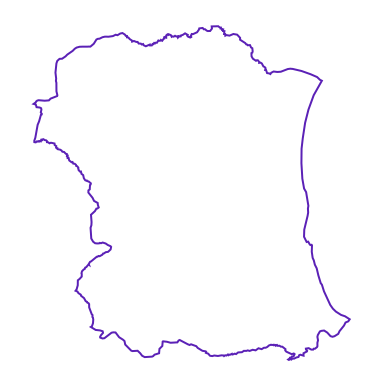 Lumajang, Jawa Timur, Indonesia, rotated 271°
{"feature_id": "22746128B76070527787319", "entity_name": "Lumajang", "entity_type": "district", "adm_level": 2, "iso_a3": "IDN", "parent_name": "Indonesia", "parent_adm1": "Jawa Timur", "projection": "orthographic", "projection_center": [113.148, -8.125], "detail": "fine", "context": "isolated", "style": "outline", "palette": "violet", "viewbox_px": 384, "rotation_deg": 271, "n_neighbors": 0, "source": "geoboundaries", "source_scale": "gbopen_adm2", "svg_char_len": 5818}
<svg xmlns="http://www.w3.org/2000/svg" viewBox="0 0 384 384"><g transform="rotate(271 192 192)"><path d="M346.9,124.2L347.0,123.0L348.2,122.2L349.7,119.7L349.2,117.5L347.5,114.8L347.9,112.9L346.5,110.2L345.8,105.8L345.8,102.2L345.2,99.8L343.7,96.9L343.5,95.2L342.8,93.8L338.5,91.2L335.6,87.9L335.3,77.3L334.4,74.1L333.2,72.3L331.0,70.2L327.2,64.9L325.4,63.2L323.0,59.8L322.8,57.2L320.7,55.0L318.2,54.2L309.0,53.4L303.0,54.2L300.7,54.0L298.8,54.5L290.3,54.7L286.4,55.7L285.6,55.5L282.9,49.0L281.1,47.3L280.7,43.1L281.1,37.1L280.7,35.7L279.8,34.6L278.9,34.2L277.3,32.1L276.7,34.3L274.1,35.1L273.8,38.3L273.1,39.7L271.6,40.0L269.0,39.4L267.4,40.5L266.7,40.2L266.6,39.6L260.0,37.9L256.5,36.5L243.5,34.4L240.4,33.4L239.1,33.5L238.9,34.9L239.9,36.0L239.7,36.8L240.1,37.3L239.7,38.1L240.3,38.5L240.0,40.0L241.5,40.3L241.3,41.2L241.9,41.2L242.2,42.6L241.4,43.6L241.1,45.3L240.5,46.0L239.3,46.1L239.2,47.3L238.2,48.7L238.8,50.1L238.1,53.7L236.5,53.9L235.5,55.5L234.0,55.3L233.5,56.5L233.1,56.3L232.5,56.9L232.0,59.5L231.2,60.8L230.0,61.7L229.8,63.4L228.0,65.2L227.8,66.2L226.7,66.3L226.4,67.0L225.3,66.4L224.8,67.2L223.8,67.1L223.9,68.0L221.4,68.7L219.6,71.1L219.9,72.0L218.3,72.8L218.2,74.2L217.2,75.5L216.0,75.8L215.8,76.7L214.4,77.9L213.3,77.8L212.8,78.2L211.8,78.3L210.3,79.9L210.5,80.6L208.2,81.2L207.0,82.9L204.0,83.6L202.3,84.7L201.7,85.3L201.6,86.7L201.1,86.9L200.7,88.5L198.9,90.7L197.7,90.5L197.2,89.9L192.8,89.7L191.8,88.4L189.6,88.4L184.4,92.7L181.4,94.2L179.4,97.9L177.5,98.1L174.9,99.0L173.8,97.6L173.7,96.7L171.2,95.3L167.5,91.4L160.2,92.1L157.1,92.0L154.4,91.2L143.7,92.1L140.6,94.0L139.1,96.0L138.9,97.9L139.0,100.0L139.5,100.7L139.2,101.9L139.9,103.6L139.0,106.6L137.5,108.8L136.4,111.5L135.7,112.1L133.1,111.6L130.7,109.1L130.3,106.8L128.9,104.8L128.9,104.2L127.7,103.4L126.2,100.8L126.4,99.6L125.6,98.6L125.6,97.9L120.7,92.1L120.4,91.3L118.2,90.0L117.4,90.3L117.6,90.0L117.1,89.2L115.1,87.7L114.5,86.5L113.2,86.1L112.6,85.0L110.8,83.4L108.8,82.9L108.3,83.2L105.5,83.2L103.2,81.2L101.7,79.4L96.7,79.4L92.6,78.3L91.2,77.3L90.4,79.3L88.9,80.2L87.4,82.6L86.4,82.8L84.0,85.9L81.0,87.6L80.3,89.0L79.7,89.1L79.0,90.5L78.1,91.1L74.8,91.2L68.0,93.9L67.2,94.7L65.3,94.6L64.8,95.1L62.8,95.5L59.1,95.3L56.0,94.3L55.3,93.2L52.4,98.1L52.0,102.5L51.2,105.1L49.6,105.5L47.1,103.4L45.4,102.6L44.8,102.8L44.0,105.1L44.3,107.0L49.9,114.0L50.3,115.7L50.2,118.0L45.5,121.7L43.1,125.6L41.8,127.1L38.3,127.9L32.3,134.0L31.9,135.2L32.3,140.4L29.9,143.0L27.4,145.0L26.1,147.6L26.7,154.9L27.2,156.0L28.7,157.4L30.2,161.9L34.6,162.2L37.5,165.0L41.9,165.3L42.2,165.7L41.8,169.6L40.9,173.2L41.4,180.0L43.3,181.2L43.8,182.3L39.6,190.6L39.0,192.3L39.7,193.7L37.9,199.0L36.2,200.4L33.4,205.2L32.9,208.5L32.3,209.0L31.4,208.7L30.6,211.1L28.7,212.7L28.5,213.4L28.3,215.2L28.9,217.1L28.5,220.8L29.2,224.3L29.1,226.4L28.5,226.9L29.3,228.0L29.1,229.4L30.1,230.6L29.5,231.4L30.1,231.8L29.9,232.8L30.9,234.7L30.3,234.9L30.2,235.4L31.1,237.6L30.7,238.9L32.4,240.9L32.7,244.7L34.1,246.7L34.1,249.2L34.6,250.5L34.1,252.4L35.3,255.4L34.8,258.4L36.9,261.2L36.1,264.4L37.5,266.6L37.6,268.4L38.4,270.0L39.9,271.6L40.7,273.7L40.4,274.6L40.7,276.4L40.2,276.6L40.5,278.3L39.8,278.6L40.5,279.7L39.7,280.4L39.8,282.2L38.9,283.6L38.9,285.0L36.5,288.2L35.2,288.0L34.0,289.1L31.6,294.5L32.3,296.6L31.7,297.4L29.6,296.5L29.2,294.7L28.2,294.0L28.0,292.8L27.3,292.6L26.2,291.1L25.8,291.8L26.6,293.3L26.2,294.3L27.1,295.0L27.2,297.1L28.4,299.3L28.9,301.3L30.7,302.0L31.2,303.1L30.3,306.4L32.7,306.3L34.6,309.7L35.2,309.9L36.6,308.7L37.4,308.6L37.9,311.4L36.5,314.0L36.5,315.8L37.4,316.4L37.4,317.6L39.1,319.7L40.0,320.1L43.4,320.0L46.0,320.6L49.3,319.9L51.2,320.3L54.8,322.3L55.4,323.7L55.8,326.5L53.8,329.7L50.3,333.0L49.7,335.0L50.3,337.0L52.7,340.7L55.4,341.9L61.1,346.3L64.2,347.8L65.4,350.5L67.5,351.9L70.4,347.2L71.7,343.2L74.9,338.0L77.8,334.9L81.5,332.2L95.0,325.7L101.6,323.5L103.1,322.3L110.8,319.8L117.9,318.0L121.5,316.1L125.7,315.0L128.2,313.8L134.3,312.8L140.8,312.9L141.3,312.5L141.0,311.6L141.4,310.8L144.4,309.0L144.0,307.5L149.2,304.8L156.3,304.9L170.2,308.0L173.5,308.5L177.4,308.2L180.2,308.6L193.9,306.1L197.4,304.0L207.2,302.1L222.7,300.9L237.2,300.8L247.5,301.8L263.2,303.9L276.4,307.0L290.9,312.0L305.5,319.9L306.4,318.0L309.1,315.1L311.8,308.6L314.9,299.4L316.8,290.6L317.0,288.1L316.6,285.6L313.8,278.7L313.5,275.2L313.9,271.5L312.6,269.1L311.3,268.3L311.9,267.2L312.2,265.0L315.3,263.9L315.3,263.0L317.1,263.4L318.3,262.4L318.8,261.2L321.7,259.6L322.6,258.2L322.3,256.9L323.2,256.9L324.8,255.6L324.9,254.6L324.3,253.7L326.3,250.6L328.6,249.2L329.9,249.1L331.9,249.0L332.4,249.9L333.8,250.2L336.8,249.8L337.6,248.5L339.9,247.4L339.7,245.1L340.3,244.7L340.6,243.6L341.8,242.7L345.1,237.4L347.0,237.4L350.1,234.4L350.7,230.6L349.0,226.8L349.5,223.7L348.9,222.6L350.5,222.4L350.5,221.3L353.4,221.6L353.5,220.2L355.0,220.3L354.7,219.2L355.6,219.1L355.9,217.8L356.9,218.0L357.0,216.9L358.2,215.3L357.9,208.8L355.7,209.1L353.3,207.3L353.2,205.0L353.6,203.9L355.0,202.1L354.9,200.9L356.2,199.8L355.7,196.4L354.5,196.1L351.8,194.3L349.9,190.3L350.0,189.0L348.6,188.3L348.0,188.5L347.5,187.8L346.8,188.3L346.4,187.5L347.2,185.4L348.2,184.5L349.0,185.0L350.5,182.3L348.9,180.0L348.3,178.2L347.4,178.0L347.1,176.0L346.1,175.2L346.6,175.0L347.6,175.4L347.2,173.5L347.9,172.3L347.0,171.0L347.3,169.8L346.8,169.0L348.4,168.2L349.1,166.6L348.6,165.6L349.4,165.3L349.3,164.8L348.1,163.5L346.0,163.5L346.6,162.2L346.2,161.4L345.0,161.7L344.6,160.9L342.7,159.6L343.5,158.3L342.8,158.0L342.6,156.3L342.9,155.7L340.6,154.3L340.6,152.7L339.9,152.3L340.3,151.5L339.1,150.8L339.3,150.0L337.9,149.3L337.8,147.5L338.7,147.3L336.9,143.3L337.9,141.1L339.1,140.5L338.6,139.2L339.5,138.2L339.5,136.1L341.1,135.0L341.1,133.6L342.0,131.3L341.3,129.5L342.4,129.3L343.7,127.2L345.4,125.6L345.5,124.3L346.9,124.2Z" fill="none" stroke="#5b21b6" stroke-width="2"/></g></svg>